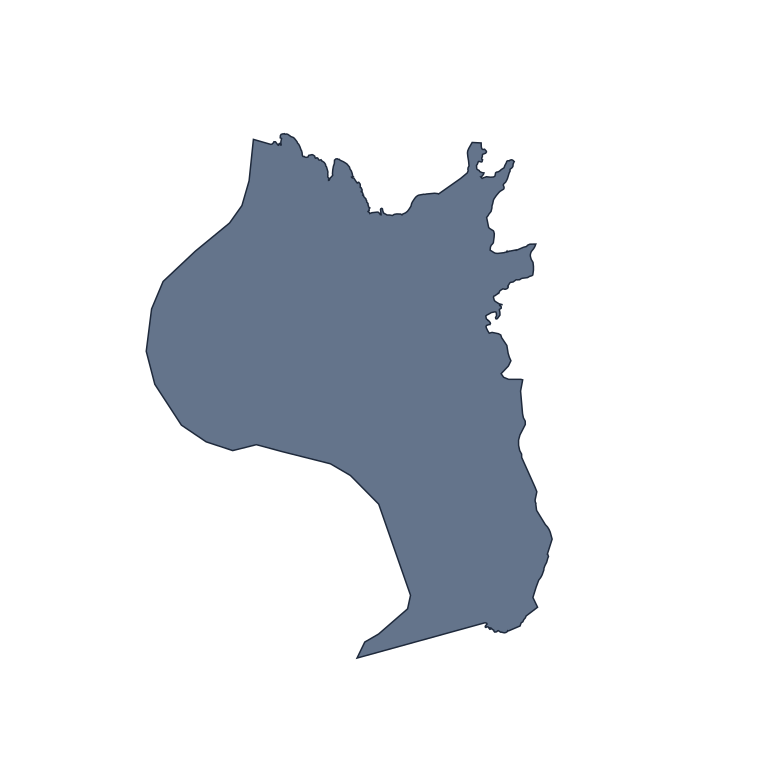 North Dayi, Volta, Ghana, rotated 336°
{"feature_id": "2480657B8553529614763", "entity_name": "North Dayi", "entity_type": "district", "adm_level": 2, "iso_a3": "GHA", "parent_name": "Ghana", "parent_adm1": "Volta", "projection": "orthographic", "projection_center": [0.294, 6.818], "detail": "fine", "context": "isolated", "style": "filled", "palette": "slate", "viewbox_px": 768, "rotation_deg": 336, "n_neighbors": 0, "source": "geoboundaries", "source_scale": "gbopen_adm2", "svg_char_len": 6171}
<svg xmlns="http://www.w3.org/2000/svg" viewBox="0 0 768 768"><g transform="rotate(336 384 384)"><path d="M570.8,203.3L562.8,199.2L557.2,203.3L555.3,205.1L554.2,206.9L553.0,210.6L552.0,214.5L550.4,219.3L548.7,220.7L547.9,222.1L547.6,223.5L545.8,225.1L544.6,225.4L537.5,227.4L511.1,232.6L510.5,231.9L507.8,230.3L505.1,229.4L499.8,227.6L498.7,227.5L497.5,226.8L492.6,225.6L491.3,225.6L489.5,226.0L487.6,226.9L484.3,229.0L482.7,230.3L480.9,232.6L477.5,234.8L475.6,235.8L473.3,236.4L469.8,236.4L469.2,236.8L468.3,235.5L464.8,233.8L462.3,233.2L460.2,233.5L457.9,231.9L455.6,230.9L453.2,227.7L453.3,225.4L453.8,223.3L453.4,222.6L452.4,222.6L451.8,223.1L450.2,228.2L449.5,227.8L449.3,226.2L448.6,224.7L447.7,224.2L442.7,222.6L440.3,222.5L440.4,221.5L439.5,220.0L439.9,219.7L441.0,219.6L441.1,219.0L441.8,217.9L442.7,217.4L441.9,215.9L442.2,215.0L442.2,213.8L442.7,213.2L442.8,212.4L442.2,210.8L442.7,209.6L442.5,208.7L442.8,207.7L441.7,204.4L442.1,203.2L441.4,202.8L442.1,201.9L442.2,200.0L441.4,199.1L441.6,198.7L442.4,198.9L443.0,197.6L442.9,195.3L442.3,194.8L443.3,192.5L443.5,191.6L443.0,189.5L442.5,189.2L441.5,189.6L441.1,189.2L440.2,183.6L439.2,183.1L438.6,182.4L438.5,181.8L440.2,181.9L440.0,181.4L440.6,178.6L440.8,176.2L440.4,173.7L440.7,171.8L440.2,169.9L439.6,167.8L437.4,164.5L435.0,161.8L434.4,160.4L433.5,160.2L433.0,159.3L431.6,158.8L429.8,159.4L428.3,162.4L426.4,164.4L424.3,167.5L422.4,171.0L422.1,172.4L420.4,173.3L418.8,173.8L416.9,175.5L416.2,175.4L416.5,174.7L417.2,174.1L417.2,173.4L416.9,172.8L416.9,171.8L417.7,170.4L418.0,169.2L418.7,168.1L419.1,167.1L419.8,162.2L419.5,161.2L419.9,159.5L419.5,157.3L418.3,155.3L418.0,155.2L417.7,153.5L416.4,153.4L415.7,152.9L415.3,150.6L414.6,150.0L414.1,150.1L413.2,149.8L413.1,149.1L413.4,147.7L412.5,146.1L411.6,145.2L408.2,144.5L406.9,145.7L405.3,145.4L404.2,144.7L403.5,143.5L402.7,143.4L402.4,142.9L402.4,142.0L403.3,139.2L403.6,137.0L403.4,136.8L403.7,133.0L403.6,130.4L403.0,128.8L403.1,127.3L402.2,123.7L401.6,122.1L399.4,119.9L399.2,119.3L397.6,116.7L396.5,115.9L395.3,115.6L394.8,114.8L394.4,114.9L393.6,114.4L391.6,114.1L390.4,114.9L389.3,116.9L390.3,118.0L388.3,120.8L387.6,122.2L387.6,123.2L387.1,123.9L386.9,123.8L387.2,122.6L386.7,122.9L386.6,122.7L386.8,122.5L386.8,121.9L386.4,121.7L385.5,122.0L385.0,122.6L384.9,123.0L384.6,123.0L384.3,122.6L383.4,118.6L382.0,117.9L381.4,118.5L379.4,119.3L378.1,119.1L364.2,107.4L343.4,143.5L326.8,163.2L308.4,174.1L265.7,185.9L223.9,200.5L202.2,220.9L180.1,257.4L174.5,291.1L182.2,339.2L198.0,364.5L218.7,383.3L242.7,387.5L263.4,404.3L302.6,435.1L316.1,453.9L330.3,491.6L322.3,587.8L314.1,599.0L277.4,610.2L261.5,611.9L247.9,623.4L379.2,643.2L380.5,644.3L380.5,645.2L378.2,646.3L377.8,646.8L377.7,647.5L378.1,647.9L379.4,647.7L380.2,648.2L380.9,651.1L381.4,651.2L381.6,649.9L382.5,650.5L383.0,651.5L383.0,652.1L384.1,653.5L383.9,654.7L384.3,655.7L386.1,656.2L387.5,655.7L388.1,655.8L389.5,658.1L390.1,658.3L392.6,660.2L394.2,660.6L396.1,660.3L396.7,659.6L397.5,660.2L409.9,660.4L411.9,658.2L412.6,657.9L414.1,657.7L415.9,656.1L417.9,655.2L419.5,653.7L433.5,650.4L433.2,639.6L440.4,631.4L445.6,626.1L448.5,624.5L450.8,622.7L454.4,618.9L455.1,617.5L457.1,615.4L460.1,613.0L462.8,609.7L464.1,608.5L464.3,606.3L464.0,605.9L474.5,594.1L475.6,586.9L475.6,583.9L475.2,581.1L474.2,578.1L472.0,561.5L473.9,555.2L474.3,554.8L474.2,553.4L474.8,551.5L479.8,544.6L480.0,540.0L479.9,507.1L481.2,504.0L480.9,500.0L482.0,494.8L484.1,490.0L487.5,485.8L496.6,478.5L497.9,475.4L497.6,471.6L498.5,467.5L505.9,446.0L512.4,436.6L510.9,435.4L499.7,430.4L496.0,426.5L495.2,422.2L504.9,418.2L509.4,414.4L509.4,410.4L509.9,406.4L511.9,398.8L510.3,389.5L510.6,386.7L509.0,384.6L503.7,380.8L500.8,380.4L500.4,377.5L500.3,374.4L500.6,372.9L501.5,372.2L504.4,372.4L504.9,372.8L505.9,372.0L506.0,371.0L505.3,368.6L504.7,368.2L504.8,367.6L504.0,366.2L504.6,363.3L506.3,362.8L507.8,362.8L511.0,362.4L514.7,363.2L515.5,363.8L515.4,365.2L514.7,367.0L514.5,367.5L512.9,368.7L512.7,369.7L512.9,370.2L514.0,370.4L514.7,370.1L518.0,368.2L519.1,365.4L519.5,363.1L519.8,362.8L521.8,362.5L522.2,361.9L522.5,360.9L521.6,359.3L521.7,359.0L522.5,358.9L524.6,359.8L521.7,357.5L519.1,353.6L518.8,352.1L519.3,349.2L520.1,348.4L521.1,348.5L524.2,347.9L525.1,347.5L525.6,347.9L527.7,346.0L531.3,345.4L532.9,346.6L533.8,346.9L535.3,346.9L536.0,346.7L536.9,346.0L537.1,345.4L536.9,344.9L540.3,342.7L540.9,342.6L543.4,343.3L547.2,342.5L548.2,343.1L550.3,343.9L551.8,343.6L553.1,343.6L558.5,345.2L560.7,344.9L563.1,345.2L564.3,344.9L566.9,340.7L568.4,337.3L569.4,334.1L569.6,333.5L569.2,330.2L569.3,329.0L569.7,326.7L570.2,325.5L571.4,323.9L572.5,322.9L575.8,321.2L577.6,319.9L579.6,317.9L574.1,315.6L571.6,315.6L570.1,316.3L566.8,315.8L559.6,315.7L559.2,315.4L558.9,315.6L558.1,315.0L557.5,315.0L557.8,314.9L552.5,313.7L552.4,313.5L551.1,313.6L550.9,313.2L550.6,313.5L549.7,313.3L549.8,313.0L549.3,313.3L548.3,312.9L547.2,312.9L541.1,311.0L539.2,310.0L538.3,309.2L535.4,304.9L537.0,302.1L538.6,300.7L539.4,300.5L541.3,299.5L544.4,294.5L545.9,291.6L546.3,289.2L546.2,288.5L543.7,284.8L543.3,283.5L545.5,273.6L547.6,272.5L548.9,271.5L552.0,269.9L554.1,267.2L555.1,265.2L556.7,263.4L558.7,260.6L560.0,259.5L563.3,257.5L566.8,255.8L568.4,255.2L572.6,254.6L573.1,254.2L573.6,253.4L573.8,252.4L573.8,251.0L574.2,250.3L575.5,249.6L577.0,249.2L578.9,247.8L580.3,246.6L584.2,242.1L585.7,240.9L586.4,239.3L586.8,239.0L588.1,238.8L589.5,238.2L590.3,237.6L591.5,235.5L593.5,233.7L593.0,233.0L593.0,232.5L592.2,231.4L591.4,230.9L589.9,230.8L589.3,231.1L588.0,230.4L586.7,230.5L585.8,231.6L583.2,233.6L581.6,235.3L578.3,235.8L576.2,236.5L574.6,236.6L572.9,236.2L571.8,236.5L570.0,239.1L568.9,239.4L568.1,239.4L565.4,238.4L561.7,236.2L560.9,236.3L558.8,236.0L557.3,236.1L556.6,234.1L557.5,234.2L558.3,233.9L560.2,232.9L561.2,231.8L559.6,230.8L558.5,229.6L557.8,228.7L557.8,227.7L556.4,225.9L556.3,225.1L557.4,221.9L558.7,221.2L560.4,219.4L561.2,219.2L563.3,220.8L564.0,220.8L565.3,219.2L564.8,218.3L565.1,217.6L565.3,217.1L566.2,216.5L567.1,214.7L567.5,214.3L570.7,214.5L572.0,213.7L572.2,213.0L571.4,210.5L571.2,210.3L569.8,210.1L569.0,208.8L569.4,206.8L570.8,203.3Z" fill="#64748b" stroke="#1e293b" stroke-width="1.5"/></g></svg>